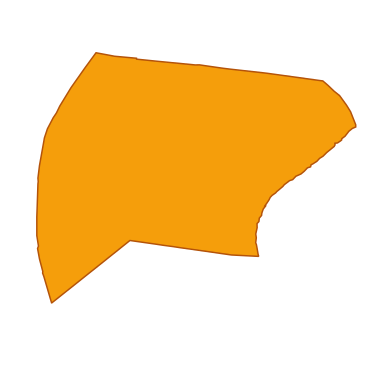 outline of Kiang East, Lower River, Gambia, rotated 97°
{"feature_id": "56634734B11412565261125", "entity_name": "Kiang East", "entity_type": "district", "adm_level": 2, "iso_a3": "GMB", "parent_name": "Gambia", "parent_adm1": "Lower River", "projection": "orthographic", "projection_center": [-15.639, 13.417], "detail": "fine", "context": "isolated", "style": "filled", "palette": "amber", "viewbox_px": 384, "rotation_deg": 97, "n_neighbors": 0, "source": "geoboundaries", "source_scale": "gbopen_adm2", "svg_char_len": 1455}
<svg xmlns="http://www.w3.org/2000/svg" viewBox="0 0 384 384"><g transform="rotate(97 192 192)"><path d="M247.7,118.3L247.4,118.1L245.8,118.8L240.4,120.4L236.3,121.7L234.7,122.6L233.4,122.6L229.6,122.6L225.9,123.6L219.5,123.0L215.4,123.6L213.2,122.0L209.7,122.0L206.8,120.1L204.3,120.1L200.2,119.2L197.0,117.3L196.9,118.0L194.2,116.5L190.4,114.6L187.8,113.7L185.6,112.1L182.7,108.9L181.2,107.9L178.9,105.7L175.4,102.5L173.5,101.3L168.8,96.5L167.5,93.6L163.7,90.8L160.8,86.0L157.7,83.1L153.9,80.3L152.6,77.4L150.4,77.1L149.4,75.5L146.2,71.7L143.1,69.5L140.5,66.3L136.4,63.1L129.4,56.4L127.8,55.8L126.2,56.1L125.6,53.6L123.1,50.7L122.1,49.8L120.8,49.8L118.0,46.9L112.6,43.7L109.4,40.6L107.5,37.4L105.3,37.7L93.0,44.4L87.0,49.2L78.4,57.2L74.6,63.3L69.6,70.0L65.8,75.7L65.8,76.7L65.8,78.0L65.0,131.7L65.0,132.8L65.0,133.6L65.4,168.5L65.4,176.0L65.3,181.5L65.0,196.1L64.9,199.9L64.9,200.1L65.5,204.3L66.5,243.6L66.9,263.2L66.0,263.4L66.7,285.4L66.4,289.8L65.5,304.2L65.6,304.3L81.9,313.4L103.2,324.8L122.8,333.7L130.1,336.2L135.2,338.8L146.9,343.2L156.4,345.1L158.9,345.2L184.3,346.6L197.0,346.6L200.5,345.9L202.7,345.9L227.4,343.7L235.6,343.0L254.3,340.7L255.3,340.4L264.4,337.8L266.9,338.4L273.9,336.2L277.1,335.2L289.1,330.4L290.7,330.4L293.8,328.8L319.1,317.9L319.1,317.6L277.2,276.5L247.7,247.7L247.7,247.1L248.2,221.0L248.4,213.7L248.5,204.0L248.7,197.4L249.7,145.2L247.8,118.4L247.7,118.3Z" fill="#f59e0b" stroke="#b45309" stroke-width="1.5"/></g></svg>